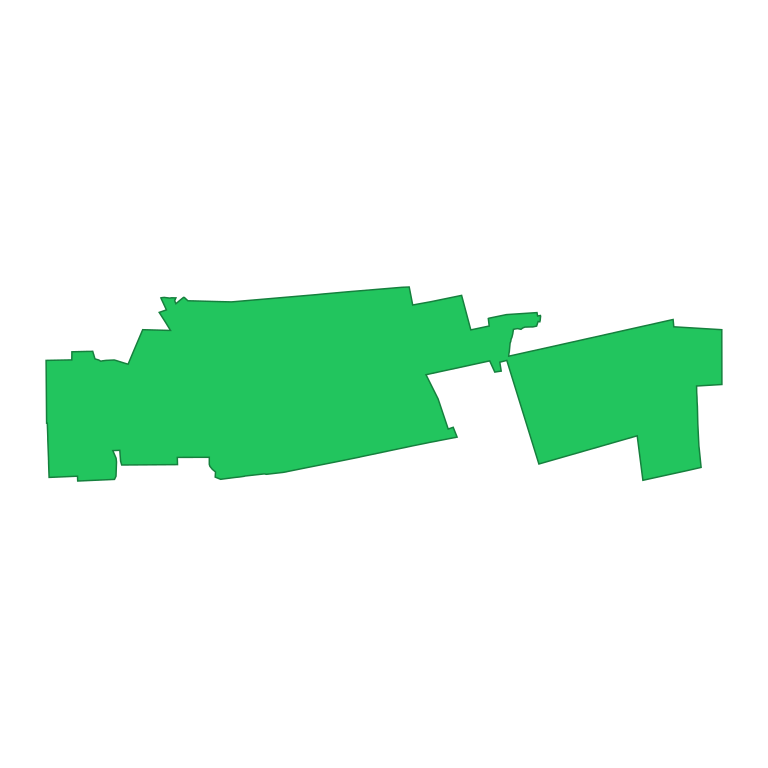 Draganesti, Galati, Romania (Robinson projection)
{"feature_id": "2599482B97201329227047", "entity_name": "Draganesti", "entity_type": "district", "adm_level": 2, "iso_a3": "ROU", "parent_name": "Romania", "parent_adm1": "Galati", "projection": "robinson", "projection_center": [27.487, 45.796], "detail": "fine", "context": "isolated", "style": "filled", "palette": "green", "viewbox_px": 768, "rotation_deg": 0, "n_neighbors": 0, "source": "geoboundaries", "source_scale": "gbopen_adm2", "svg_char_len": 2314}
<svg xmlns="http://www.w3.org/2000/svg" viewBox="0 0 768 768"><path d="M46.6,423.2L46.9,423.2L47.3,423.2L47.6,431.5L47.8,437.5L47.8,439.4L48.4,455.7L48.5,458.2L48.5,459.4L48.6,460.7L48.6,463.2L48.7,465.7L48.7,466.2L49.1,477.4L77.5,476.2L77.7,481.0L78.2,481.0L114.5,479.4L116.0,476.2L116.5,462.0L116.1,458.2L112.8,450.6L119.8,450.3L120.6,461.2L121.7,465.0L177.5,464.6L177.3,457.4L209.3,457.3L209.3,464.4L209.9,466.3L212.4,469.4L215.5,471.9L215.2,477.1L220.6,479.3L235.4,477.4L239.4,477.0L244.2,476.3L245.1,476.0L264.3,473.9L266.4,474.3L283.1,472.4L286.5,471.8L286.7,471.7L306.5,467.7L335.3,462.0L359.6,457.1L360.2,456.9L412.9,445.8L428.3,442.7L428.5,442.6L437.2,441.0L437.4,440.9L437.5,440.9L457.1,437.1L453.2,427.3L448.2,429.0L438.1,398.9L426.0,374.7L489.7,360.9L494.8,372.1L497.2,371.7L501.2,371.1L499.8,362.2L506.8,360.4L538.9,464.0L637.2,435.8L642.9,480.3L661.1,476.3L687.6,470.5L701.1,467.4L699.3,449.5L698.9,446.0L697.8,423.6L697.4,406.4L697.1,401.9L697.0,397.3L696.7,392.7L696.6,386.0L721.9,384.5L721.8,338.4L721.8,329.7L673.8,326.8L673.1,319.5L567.2,343.2L508.7,356.2L508.9,353.7L509.3,351.7L510.1,343.0L510.7,341.6L511.2,338.7L511.8,337.7L512.8,333.7L513.4,329.4L515.0,329.0L517.6,328.6L521.0,329.3L522.7,328.0L524.9,327.1L531.2,326.9L532.9,326.9L536.6,326.1L538.1,321.5L539.8,321.8L540.2,320.3L540.4,318.1L540.6,316.3L540.4,315.5L537.6,316.0L537.0,312.6L506.4,314.6L489.0,318.2L488.3,318.5L489.2,326.0L475.5,328.9L470.8,329.9L461.6,295.4L430.4,301.8L421.5,303.4L412.7,305.0L409.2,287.0L401.9,287.3L357.3,291.0L351.1,291.5L322.9,294.0L316.9,294.6L231.5,301.9L218.7,301.6L193.4,300.9L187.9,300.8L184.4,297.5L183.5,297.4L179.8,300.4L175.9,303.7L174.7,300.8L174.9,300.0L175.0,300.0L175.9,297.9L171.4,297.8L169.7,298.1L164.9,297.5L164.3,297.4L161.6,297.7L160.9,297.9L161.1,298.4L161.4,299.1L163.0,302.5L166.4,309.9L159.2,312.4L165.4,322.1L170.5,330.4L168.5,330.4L142.7,329.7L132.8,353.0L128.1,364.2L123.7,362.9L116.1,360.5L114.3,360.0L112.0,360.1L105.8,360.4L104.3,360.6L102.9,360.8L102.5,360.8L101.8,361.0L100.7,361.2L99.3,360.3L98.7,360.0L95.0,358.9L94.8,358.2L94.6,357.7L94.4,356.9L93.8,355.0L93.7,354.4L93.5,354.0L93.2,353.1L93.0,352.2L92.7,351.3L91.1,351.4L89.9,351.4L88.5,351.4L88.1,351.4L71.9,351.8L71.8,359.9L66.7,360.0L46.1,360.4L46.6,423.2Z" fill="#22c55e" stroke="#15803d" stroke-width="1.5"/></svg>